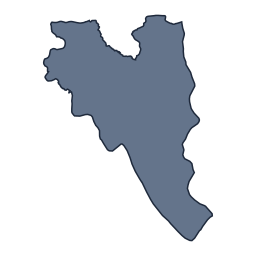 Noumbiel, Noumbiel, Burkina Faso (orthographic projection)
{"feature_id": "67063806B78350075830190", "entity_name": "Noumbiel", "entity_type": "district", "adm_level": 2, "iso_a3": "BFA", "parent_name": "Burkina Faso", "parent_adm1": "Noumbiel", "projection": "orthographic", "projection_center": [-3.048, 9.8], "detail": "fine", "context": "isolated", "style": "filled", "palette": "slate", "viewbox_px": 256, "rotation_deg": 0, "n_neighbors": 0, "source": "geoboundaries", "source_scale": "gbopen_adm2", "svg_char_len": 5442}
<svg xmlns="http://www.w3.org/2000/svg" viewBox="0 0 256 256"><path d="M181.7,21.9L178.3,23.0L176.5,23.5L175.6,23.6L174.6,24.1L173.1,24.2L172.7,24.1L172.1,23.7L171.8,23.7L171.2,23.3L170.6,23.4L169.7,23.0L169.2,22.8L167.5,21.9L166.6,21.4L166.2,21.2L165.7,20.8L165.4,20.3L165.1,19.8L165.2,19.1L165.5,17.8L165.6,16.7L165.3,16.0L164.5,15.7L162.8,15.7L158.0,15.4L156.0,15.4L153.9,15.7L148.0,16.3L146.9,16.7L146.3,17.2L145.9,17.9L145.6,18.7L145.7,19.4L145.9,20.4L145.9,21.0L145.7,21.8L145.0,22.6L144.2,22.9L143.7,23.6L143.7,24.1L143.8,24.6L143.8,25.2L143.2,26.3L142.6,26.5L141.6,27.0L141.1,27.2L140.5,27.5L139.9,27.8L138.9,28.2L138.2,28.4L137.5,28.8L137.3,29.1L137.2,29.4L136.9,29.9L136.6,29.9L135.6,30.0L135.0,30.3L134.3,31.0L133.7,31.0L133.4,31.2L132.9,31.7L133.0,32.0L132.9,32.5L132.7,32.7L132.5,32.8L132.2,33.2L132.2,33.5L131.9,33.8L131.7,34.1L132.1,34.9L132.4,35.3L133.2,36.1L133.5,36.9L133.7,37.1L134.2,38.2L134.7,38.9L135.5,39.7L136.1,40.1L137.4,40.8L138.8,41.8L139.5,42.5L139.6,42.9L139.7,43.5L139.7,44.0L139.6,44.5L139.5,45.9L139.6,46.5L140.0,47.3L140.7,48.7L140.7,49.3L140.6,50.2L139.9,52.1L139.5,53.6L139.0,54.3L138.1,55.3L137.8,55.4L136.8,55.7L136.7,55.9L136.6,57.1L136.3,57.6L135.6,58.5L135.5,59.0L135.6,59.8L135.1,59.8L134.6,59.5L134.0,59.5L133.5,59.2L133.0,59.0L132.6,58.8L132.1,58.3L132.2,57.8L131.8,57.0L131.6,56.7L131.3,56.4L131.0,56.5L130.7,56.5L130.5,56.2L130.2,56.0L129.7,56.1L129.5,56.3L129.2,56.4L128.9,56.3L128.5,56.3L127.2,56.5L126.2,56.1L125.9,56.1L125.6,56.3L125.1,56.3L123.9,56.3L123.1,56.2L122.8,55.7L122.7,55.2L121.6,54.7L121.3,54.6L120.9,54.2L120.7,53.9L120.1,53.7L119.9,53.2L119.5,53.0L120.0,52.5L119.6,52.3L119.3,52.3L119.4,52.0L119.1,51.7L118.8,51.7L118.1,51.9L118.1,51.5L117.9,51.4L117.3,51.3L117.1,51.1L116.7,50.5L116.4,50.6L116.1,50.6L115.7,50.4L115.1,50.7L114.8,50.8L114.5,50.7L114.3,50.2L113.9,50.0L113.8,49.8L113.6,49.4L113.1,49.1L112.5,49.1L111.9,48.3L111.7,48.4L110.6,47.2L110.1,46.9L109.7,46.5L109.6,46.2L109.3,45.8L109.0,45.7L108.7,45.7L108.3,45.8L107.3,46.1L106.8,46.1L106.1,45.8L106.1,45.1L106.2,44.7L105.9,44.1L105.9,43.6L105.7,42.9L104.3,41.4L102.9,39.9L102.6,39.6L102.6,39.2L102.8,38.7L102.6,38.0L102.4,37.5L102.0,37.2L101.6,37.1L101.0,36.6L100.7,36.5L100.7,35.3L101.1,34.2L100.9,33.8L100.4,33.3L100.1,32.2L99.7,31.6L99.6,31.1L99.1,30.7L98.4,30.3L98.1,30.1L98.2,29.7L98.1,29.4L98.3,29.3L98.8,28.7L99.1,27.4L99.4,27.2L99.4,26.9L99.2,26.7L98.9,26.6L98.5,26.3L98.3,25.9L98.4,25.4L98.4,25.0L98.5,24.6L98.2,24.1L97.7,23.5L97.2,23.2L96.8,23.1L96.5,22.8L96.4,22.5L96.5,22.2L96.2,21.6L96.1,20.8L95.7,20.4L93.1,20.5L92.8,20.6L92.5,20.5L91.9,20.6L90.9,21.7L90.6,21.9L90.2,21.7L89.8,21.4L89.4,21.0L89.2,20.5L88.6,20.9L87.8,21.1L87.1,21.5L85.2,21.9L85.0,22.2L83.1,22.7L80.3,23.1L79.2,23.0L76.8,22.6L72.2,21.6L71.0,21.5L69.1,21.7L67.3,22.3L66.4,22.5L65.5,22.5L65.0,22.5L64.2,22.1L61.4,21.4L60.1,21.4L57.1,22.4L55.2,22.5L53.4,22.4L52.3,22.2L51.9,22.2L51.5,22.6L51.5,23.1L51.1,23.3L50.8,24.0L50.8,24.7L51.1,25.3L51.3,25.7L51.3,26.4L51.4,26.7L51.4,27.7L51.5,29.3L51.7,30.0L51.9,31.0L51.9,31.6L52.3,31.9L52.7,32.5L53.3,33.0L53.9,33.5L54.8,34.1L55.3,34.6L56.0,35.3L56.1,35.8L56.7,36.8L57.8,36.7L58.2,36.9L58.9,36.8L59.4,36.9L60.2,37.5L61.0,38.1L61.5,38.1L62.8,38.7L64.5,40.3L64.9,41.0L65.1,41.9L65.3,42.8L65.2,44.2L64.9,45.6L64.5,46.7L63.9,47.5L63.1,48.2L62.7,48.4L61.9,48.6L57.2,49.6L56.1,49.4L55.2,48.9L54.4,48.7L53.8,48.6L53.0,48.7L50.9,49.7L50.4,50.4L50.1,51.6L49.8,53.3L49.5,55.0L48.6,56.9L48.1,57.5L47.0,58.2L46.3,58.5L45.0,58.9L44.6,59.2L44.1,60.4L43.7,62.2L43.7,63.1L43.9,64.1L44.5,65.0L44.9,65.8L46.6,66.7L47.4,67.5L47.6,68.1L47.5,70.4L47.6,71.4L48.5,71.7L47.5,73.2L46.2,74.9L45.2,76.4L45.1,77.5L45.6,78.4L46.8,80.1L47.6,80.8L48.5,81.0L51.6,80.7L53.5,79.9L54.2,79.6L55.7,78.7L55.9,78.8L56.5,79.1L56.9,79.3L57.4,79.6L57.9,80.1L58.0,80.5L58.6,81.2L58.6,81.6L58.2,82.6L58.6,82.9L58.5,83.2L58.6,83.8L58.8,84.0L59.5,84.3L59.6,84.6L60.2,85.5L60.3,85.8L60.7,86.2L60.7,86.5L61.0,86.8L61.2,87.3L61.8,87.7L62.5,88.5L62.9,88.4L63.7,88.6L63.9,89.0L64.2,89.1L64.6,89.8L65.6,90.1L65.9,90.2L66.2,90.2L66.7,89.7L66.9,89.6L67.3,89.2L68.5,89.6L68.7,89.9L68.9,90.0L69.1,90.3L69.9,90.6L69.2,91.6L69.0,92.2L68.9,92.4L68.9,92.8L69.1,92.8L69.9,92.1L71.5,92.0L72.4,95.6L71.8,100.9L72.1,103.8L71.8,108.8L71.8,112.0L72.2,113.1L73.9,115.3L74.6,115.9L79.9,116.1L85.3,114.6L87.7,114.4L91.0,115.4L92.3,116.8L93.9,121.6L95.8,125.4L97.9,127.7L99.5,130.6L99.6,136.2L100.4,139.0L101.5,139.9L103.7,143.7L107.5,149.7L109.2,150.8L112.5,151.0L114.0,149.8L121.1,144.0L122.3,144.1L124.0,145.7L127.2,150.7L130.1,157.8L132.1,164.2L135.3,171.3L139.5,178.6L141.7,182.1L141.9,182.1L146.6,191.9L150.7,199.6L153.4,204.0L162.5,215.5L168.5,220.9L170.7,223.7L178.1,231.6L182.0,235.5L185.2,238.2L189.7,240.4L191.9,240.6L194.6,238.2L199.5,230.6L200.7,229.8L202.6,226.5L207.5,219.8L210.1,217.2L212.3,215.9L212.1,213.7L206.5,207.4L205.6,206.3L204.4,205.6L199.8,203.8L194.5,199.9L191.1,196.7L189.5,194.6L187.4,188.5L188.0,185.2L189.1,181.4L194.3,172.6L193.0,169.5L191.9,163.6L189.8,161.3L184.8,158.8L183.7,157.2L182.8,154.8L183.9,150.0L183.6,148.7L182.3,144.6L182.9,142.8L185.5,139.1L187.5,134.1L190.3,129.4L191.8,127.7L197.6,123.7L199.0,121.6L199.4,120.0L198.9,118.3L194.0,113.0L191.8,109.6L191.1,108.3L189.6,101.9L189.4,98.9L189.8,95.8L194.8,86.1L194.6,83.8L191.9,76.9L190.6,72.4L186.0,64.7L185.8,62.0L183.8,56.9L183.3,51.4L183.4,48.6L182.5,41.6L184.2,35.0L184.3,33.3L182.7,28.1L181.9,23.5L181.7,21.9Z" fill="#64748b" stroke="#1e293b" stroke-width="1.5"/></svg>